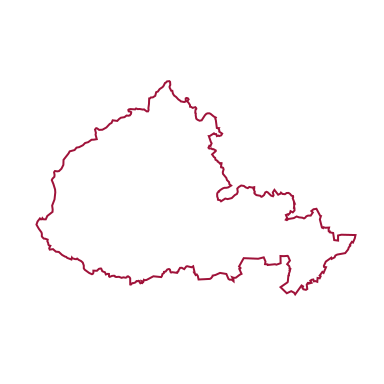 Sucre, Sucre, Colombia, rotated 264°
{"feature_id": "7082276B5425640174100", "entity_name": "Sucre", "entity_type": "district", "adm_level": 2, "iso_a3": "COL", "parent_name": "Colombia", "parent_adm1": "Sucre", "projection": "mercator", "projection_center": [-74.732, 8.783], "detail": "fine", "context": "isolated", "style": "outline", "palette": "rose", "viewbox_px": 384, "rotation_deg": 264, "n_neighbors": 0, "source": "geoboundaries", "source_scale": "gbopen_adm2", "svg_char_len": 6047}
<svg xmlns="http://www.w3.org/2000/svg" viewBox="0 0 384 384"><g transform="rotate(264 192 192)"><path d="M289.5,159.2L284.0,158.4L279.9,157.4L278.1,157.4L276.8,156.7L276.9,155.4L279.2,152.9L279.1,151.8L280.0,148.7L280.1,146.7L280.9,145.1L280.1,144.1L280.9,139.5L280.8,138.0L280.2,137.2L278.8,137.5L278.3,139.4L277.7,139.9L276.1,139.5L274.7,138.2L274.5,136.8L274.9,134.9L273.5,132.7L273.3,129.0L272.2,127.1L270.5,125.1L271.6,120.6L269.1,119.2L268.3,117.3L265.1,113.6L263.3,109.4L263.5,106.1L265.1,104.4L265.5,103.4L264.3,102.1L260.8,102.6L259.1,102.1L254.5,102.8L254.3,99.7L254.5,97.6L252.4,93.9L251.9,90.8L249.9,88.4L248.4,84.4L248.2,81.8L246.0,79.6L245.2,74.6L243.2,73.2L237.4,67.6L232.4,66.9L228.8,64.6L226.7,61.9L226.6,60.2L227.2,57.9L226.6,57.3L226.0,56.9L223.4,57.1L221.5,56.7L219.9,54.7L218.5,53.8L214.4,55.0L208.8,56.1L205.9,56.0L199.0,54.5L193.1,51.5L189.1,51.6L186.8,51.2L183.3,45.6L180.1,43.7L180.4,41.3L181.6,40.5L180.6,39.9L180.6,38.8L181.6,38.0L178.8,35.3L175.8,33.9L171.5,35.8L167.5,38.1L165.9,38.3L163.7,38.0L162.5,38.6L161.1,39.8L160.9,41.1L159.7,43.5L158.1,43.0L156.4,43.6L154.7,43.7L154.0,44.0L153.3,45.5L151.0,44.1L149.6,44.5L149.7,47.8L146.9,50.4L146.3,53.3L143.0,56.2L141.0,59.0L140.6,60.1L139.5,61.0L137.5,65.0L139.3,65.7L138.6,66.1L137.5,68.7L137.3,70.1L137.8,70.8L137.6,71.1L136.5,72.0L134.9,74.5L133.2,76.0L130.2,76.7L127.4,76.4L125.9,77.2L122.2,81.3L120.7,83.9L121.0,84.8L122.0,85.5L124.1,85.7L123.6,89.2L125.3,91.4L125.5,92.9L125.3,93.7L122.6,94.5L121.2,97.1L119.0,97.7L119.4,99.6L119.2,100.8L116.7,100.7L116.2,101.3L116.9,103.6L116.9,105.7L116.7,106.3L116.1,106.4L115.4,107.6L115.3,110.5L114.0,113.0L114.3,114.8L113.7,117.1L113.9,118.0L114.8,118.9L114.8,119.7L113.6,121.0L112.6,121.5L106.5,120.9L106.3,121.5L107.6,123.2L107.5,124.3L108.0,126.3L109.2,127.5L109.0,128.5L109.3,129.5L108.7,130.7L107.9,130.4L106.6,131.1L106.9,132.3L106.6,133.0L107.0,133.3L108.5,132.9L107.8,134.2L109.7,135.0L109.2,135.7L109.3,137.6L112.2,144.8L110.6,152.5L111.7,153.4L113.5,154.0L114.2,155.5L115.5,155.8L115.6,157.4L117.5,159.3L117.8,160.9L117.6,161.5L116.9,162.0L114.9,162.2L114.1,162.8L114.3,164.1L113.1,168.8L113.4,169.1L114.1,169.1L114.5,170.1L115.3,170.3L117.8,172.2L117.7,173.9L116.1,176.2L118.5,178.5L118.7,179.4L117.2,183.7L118.0,185.4L111.7,186.2L111.7,185.7L109.0,187.0L109.5,188.1L107.9,189.0L104.3,189.4L103.7,200.7L104.3,202.0L106.1,203.7L106.7,203.8L107.0,206.6L108.6,211.4L106.9,217.6L101.7,219.2L100.9,220.2L100.7,222.3L98.9,224.0L100.3,224.1L103.0,223.1L102.2,224.7L102.2,226.7L104.7,230.8L105.4,232.7L110.5,231.0L110.8,231.9L111.3,232.3L113.0,231.0L120.8,236.5L118.7,250.9L119.5,256.5L115.2,257.8L112.6,257.1L112.1,259.6L111.5,259.7L111.5,267.0L110.9,268.3L111.9,272.7L119.1,273.3L118.6,276.5L118.5,280.3L118.1,280.8L113.5,282.2L110.3,279.1L108.2,280.9L106.0,281.3L105.7,281.1L105.3,281.8L104.3,281.4L103.9,280.8L103.2,281.1L100.5,279.8L98.9,279.7L98.8,279.1L93.2,278.0L92.2,277.6L88.1,270.1L81.4,275.7L83.0,280.3L81.2,283.0L79.4,283.9L87.6,291.2L86.5,292.6L85.1,291.8L83.6,292.6L82.8,295.1L83.5,296.5L87.8,296.4L89.5,297.7L89.3,299.2L88.8,299.0L89.2,301.4L91.4,300.4L92.2,301.9L92.3,303.5L90.4,303.9L90.5,305.3L89.6,307.2L93.4,307.9L92.8,310.0L94.7,311.1L95.5,310.2L98.9,313.3L97.8,314.4L103.2,317.4L103.7,315.5L104.7,315.4L108.8,317.8L112.1,323.6L110.9,323.9L112.1,327.0L113.8,327.9L114.6,329.9L115.2,338.0L118.6,341.3L120.5,342.1L122.0,343.8L122.8,343.4L125.7,345.8L124.9,346.8L128.8,349.0L132.1,350.1L133.9,336.1L133.5,332.7L128.4,332.2L129.3,328.4L136.5,328.1L137.5,324.8L138.4,324.9L138.7,323.9L140.4,323.9L142.3,324.6L142.5,320.8L143.2,319.1L142.4,318.6L143.1,317.5L151.4,316.3L154.4,317.6L154.4,317.2L162.3,314.0L162.1,311.0L160.6,308.7L159.0,310.0L156.1,307.6L156.4,305.0L156.0,303.6L155.6,302.8L154.7,302.1L154.0,300.6L154.9,299.1L155.6,295.8L156.7,293.5L155.4,290.5L155.1,285.1L154.1,283.4L154.6,282.4L156.4,283.9L159.3,283.0L159.9,285.0L159.3,285.4L160.7,287.2L162.6,288.0L161.2,290.1L162.9,292.0L165.2,292.2L165.4,291.7L167.6,292.2L170.1,292.3L169.9,292.9L175.4,291.5L176.3,292.1L177.5,292.0L177.9,290.6L179.9,289.3L181.0,287.9L181.1,286.0L180.1,284.2L180.6,281.8L182.1,280.4L181.1,279.7L180.3,277.4L185.5,274.2L183.1,272.3L180.3,272.8L179.3,272.1L180.1,270.3L183.8,267.2L184.4,266.1L183.9,264.8L181.5,263.4L180.2,261.4L180.0,260.4L181.1,259.5L182.2,255.7L184.0,254.0L185.0,254.0L185.5,254.5L189.0,253.4L188.9,254.2L190.3,254.4L190.1,252.5L191.0,249.5L190.0,247.9L190.9,246.0L192.6,244.2L193.3,241.6L192.1,239.1L190.7,237.4L187.3,237.5L185.4,236.5L184.4,234.2L181.8,230.9L181.2,226.7L182.0,224.4L179.7,219.9L180.8,219.2L181.6,217.0L182.9,217.1L184.8,216.6L187.3,216.8L188.1,217.0L189.8,218.5L189.5,218.8L190.9,220.1L192.4,223.1L192.8,224.8L192.6,226.8L192.8,228.5L194.3,231.6L195.9,230.0L197.9,229.9L200.3,228.0L202.4,227.6L206.8,224.7L208.6,224.7L211.2,225.8L212.7,225.5L213.2,224.9L213.4,223.6L213.8,223.4L217.6,224.4L217.8,223.7L217.3,222.8L218.9,221.6L219.5,220.7L220.3,220.6L221.7,218.7L223.5,218.6L224.6,217.4L227.3,215.9L230.2,219.9L230.8,220.0L232.3,217.9L232.5,216.5L233.3,215.8L233.4,213.7L234.3,213.0L236.2,214.1L235.8,215.2L238.4,216.6L239.7,216.0L245.8,214.6L245.7,215.3L248.0,219.9L247.3,220.2L247.1,222.0L245.0,222.6L245.4,224.0L244.8,224.8L245.3,227.0L246.9,228.1L249.2,225.4L250.7,225.6L251.9,225.0L252.7,225.5L253.1,223.4L261.1,223.2L262.5,222.8L263.5,223.5L264.6,221.8L267.8,218.6L268.4,217.6L268.6,215.9L268.3,214.5L267.0,212.9L262.3,209.1L262.1,207.0L263.3,205.0L264.5,203.9L268.1,203.7L269.8,204.0L270.3,203.5L273.2,204.0L274.3,205.0L275.0,204.9L276.0,204.2L275.6,201.4L276.7,200.1L277.0,199.0L278.6,199.1L281.3,197.8L282.6,196.7L284.5,198.3L285.7,197.6L286.1,196.2L285.7,195.5L283.0,195.3L282.6,194.9L282.3,193.6L283.3,190.3L283.9,190.0L285.5,188.1L288.1,186.2L289.8,184.3L291.9,183.3L294.7,183.0L294.9,181.9L298.1,180.7L299.2,180.7L300.8,181.6L303.8,181.7L304.6,181.1L304.6,178.7L303.5,177.4L303.2,176.5L300.6,174.9L299.4,173.7L297.7,170.5L295.5,168.6L295.0,166.8L291.5,165.5L290.2,162.9L290.3,160.9L289.5,160.0L289.5,159.2Z" fill="none" stroke="#9f1239" stroke-width="2"/></g></svg>